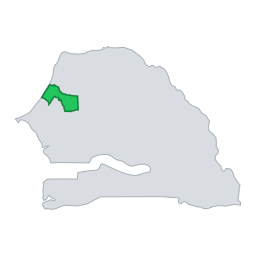 Kebemer, Louga, Senegal shown in context
{"feature_id": "50182788B60047071387499", "entity_name": "Kebemer", "entity_type": "district", "adm_level": 2, "iso_a3": "SEN", "parent_name": "Senegal", "parent_adm1": "Louga", "projection": "albers", "projection_center": [-16.284, 15.311], "detail": "fine", "context": "in_parent", "style": "filled", "palette": "green", "viewbox_px": 256, "rotation_deg": 0, "n_neighbors": 0, "source": "geoboundaries", "source_scale": "gbopen_adm2", "svg_char_len": 6573}
<svg xmlns="http://www.w3.org/2000/svg" viewBox="0 0 256 256"><path d="M206.1,115.7L209.6,121.6L208.9,124.6L208.2,128.8L210.2,131.8L212.5,133.8L214.2,135.6L216.0,138.1L216.4,143.2L216.1,146.8L217.3,148.4L218.4,150.5L218.2,152.2L217.6,153.8L215.4,155.9L215.2,159.6L218.8,164.2L221.1,166.6L221.1,168.0L221.8,169.6L223.5,171.4L224.5,170.9L225.6,169.4L226.1,168.4L229.2,168.8L230.7,169.2L232.7,172.2L233.4,174.1L234.0,176.6L236.1,179.7L237.9,181.9L238.3,183.2L240.0,185.1L239.1,189.2L239.2,191.3L238.3,196.9L238.1,199.5L238.2,200.5L240.6,202.4L240.4,205.2L238.0,204.8L233.7,204.5L225.1,206.2L222.1,205.6L216.5,205.9L212.5,206.8L207.4,208.7L203.4,208.4L201.3,207.0L198.5,207.1L195.3,206.4L191.9,205.1L188.7,204.4L185.4,201.9L183.8,201.5L182.7,202.2L181.8,203.0L180.9,203.6L179.0,203.1L178.3,201.4L178.9,199.7L179.0,198.5L178.2,197.8L176.1,197.6L172.8,197.6L167.5,197.2L166.3,196.9L154.5,196.6L142.1,196.7L131.7,196.7L118.6,196.8L109.3,196.8L100.7,196.8L94.0,200.2L86.8,204.0L77.1,206.0L65.9,205.2L62.4,205.8L58.7,207.4L55.9,208.6L52.1,209.3L47.1,208.7L45.1,209.1L43.8,207.4L42.4,204.7L43.3,202.7L46.4,201.4L50.9,199.7L53.3,200.6L54.7,200.6L55.0,199.5L54.5,199.0L51.1,197.5L49.3,195.6L47.8,196.7L46.5,199.1L45.5,199.8L43.9,200.4L43.0,198.8L42.7,197.2L43.4,196.0L43.0,189.3L43.5,185.6L43.3,182.5L45.4,180.4L47.5,179.1L55.4,179.0L62.8,178.9L70.0,179.0L77.2,179.0L78.0,172.7L80.3,172.2L83.7,171.5L90.1,170.7L97.2,170.0L98.8,168.7L99.9,166.6L100.7,164.7L102.2,163.9L104.2,164.5L106.8,165.5L109.5,167.0L112.6,168.4L114.7,169.3L119.7,171.5L128.3,174.5L135.3,175.7L143.7,173.3L149.8,171.8L150.6,169.1L149.6,166.4L145.0,164.1L138.8,164.4L136.9,165.1L134.0,165.9L132.3,166.2L129.4,165.7L125.7,163.6L123.3,161.5L120.1,160.6L116.2,159.6L110.0,155.3L106.7,154.5L103.7,154.3L97.8,155.2L92.1,157.6L89.1,162.9L83.3,162.8L71.1,162.7L59.9,162.5L50.6,162.9L49.7,159.0L47.5,156.0L44.0,153.3L43.2,150.9L44.4,148.8L47.8,147.1L48.6,145.8L46.8,146.0L44.1,147.1L42.3,147.2L42.1,143.9L39.1,139.5L35.7,132.2L31.9,129.2L28.7,123.3L25.3,121.0L22.2,119.9L19.6,120.1L18.6,122.8L15.4,118.9L19.9,117.5L29.5,112.7L40.5,98.8L50.4,82.3L51.7,78.4L52.9,75.4L53.7,68.7L55.1,64.6L56.5,63.9L58.1,60.8L60.1,55.4L62.4,52.4L65.0,51.8L66.9,52.0L68.4,53.1L72.5,53.8L79.4,54.1L84.7,53.3L88.4,51.4L93.3,50.4L99.4,50.3L102.6,49.5L102.9,48.0L103.7,47.5L105.0,48.1L106.2,47.9L107.3,46.8L108.4,46.7L109.6,47.6L114.7,47.9L123.8,47.4L132.2,50.2L140.0,56.2L144.0,60.2L144.3,62.2L145.6,64.2L147.9,66.3L150.0,66.6L151.9,65.3L153.4,65.4L154.5,67.0L156.7,67.3L159.2,66.3L160.9,66.6L161.3,67.5L161.7,68.0L162.9,68.2L164.5,69.4L166.8,72.6L168.7,77.1L170.1,82.8L172.1,85.9L174.4,86.4L175.7,87.5L176.0,88.9L176.7,89.8L177.8,90.3L179.8,90.0L182.1,91.9L184.6,96.1L185.1,98.0L184.7,99.0L184.8,99.8L186.5,100.4L188.1,101.8L189.4,103.9L192.2,105.7L196.4,107.2L199.5,109.6L201.4,112.8L205.3,115.4L206.1,115.7Z" fill="#d9dde1" stroke="#a8b0b8" stroke-width="1"/><path d="M67.7,111.4L68.0,111.3L68.3,111.2L68.6,111.3L69.7,111.3L70.2,111.4L70.6,111.4L70.9,111.5L71.1,111.5L71.2,111.4L71.3,111.3L71.3,111.2L71.4,110.9L71.5,110.9L71.9,110.9L72.0,110.9L72.4,110.9L72.6,110.8L72.8,110.8L73.1,110.8L73.3,110.8L73.5,110.7L73.8,110.7L74.0,110.7L74.3,110.6L74.5,110.5L74.6,110.4L74.8,110.3L74.8,110.2L75.0,110.0L75.0,109.9L75.5,109.9L76.1,109.9L76.6,109.9L77.2,109.9L77.7,109.9L78.1,109.9L78.1,109.6L78.1,109.2L78.1,108.8L78.1,108.3L78.1,107.7L78.0,107.0L78.0,106.3L78.0,105.6L78.0,105.3L78.0,105.0L77.9,104.3L77.9,103.9L77.9,103.4L77.9,102.7L77.9,102.3L77.8,101.7L77.8,101.1L77.7,100.7L77.7,100.1L77.7,99.6L77.7,99.2L77.7,98.8L77.6,98.7L77.6,98.4L77.7,97.6L77.6,97.1L77.6,96.6L77.6,96.1L77.1,96.1L76.5,96.1L76.0,96.0L75.4,96.0L74.9,95.9L74.4,95.9L73.8,95.8L73.3,95.8L72.7,95.7L72.2,95.7L71.1,95.6L70.8,95.4L70.4,95.3L69.8,95.1L69.6,95.1L69.3,95.1L68.7,95.1L68.3,95.1L68.1,95.1L67.7,95.1L67.4,95.1L67.1,95.0L66.9,94.9L66.4,94.7L65.9,94.5L65.6,94.3L65.3,94.2L64.9,94.1L64.7,94.2L64.4,94.1L64.0,94.1L63.7,94.0L63.5,93.9L62.9,93.7L62.2,93.3L61.9,93.1L61.7,93.0L61.4,92.8L61.1,92.7L60.9,92.5L60.9,92.3L60.9,92.1L60.9,91.8L60.8,91.7L60.6,91.6L60.3,91.6L60.1,91.6L59.8,91.3L59.6,91.1L59.4,91.0L59.4,90.6L59.3,90.4L59.3,89.8L59.3,89.3L59.3,89.1L59.1,89.0L58.8,88.8L58.7,88.6L58.7,88.1L58.7,87.7L58.3,87.2L58.1,87.0L57.8,86.7L57.5,86.6L57.3,86.5L57.1,86.5L56.8,86.5L56.7,86.5L56.4,86.4L56.2,86.3L56.0,86.2L55.8,86.1L55.7,85.9L55.1,85.4L54.8,85.1L54.5,84.9L54.3,84.8L54.1,84.8L53.9,84.9L53.9,85.0L53.9,85.4L53.9,85.6L53.7,85.7L53.3,85.6L52.9,85.5L52.5,85.5L52.1,85.4L51.4,85.2L50.6,85.0L49.7,84.8L49.5,85.1L49.4,85.3L49.2,85.6L49.1,85.9L48.9,86.2L48.7,86.4L48.7,86.6L48.3,87.1L48.1,87.4L47.9,87.7L47.8,87.9L47.7,88.1L47.6,88.3L47.4,88.5L47.2,88.9L47.0,89.2L46.8,89.4L46.6,89.7L46.4,90.0L46.1,90.6L45.8,90.9L45.6,91.2L45.4,91.5L45.2,91.8L44.9,92.3L44.7,92.5L44.6,92.8L44.4,93.0L44.1,93.5L43.9,93.7L43.8,94.0L43.7,94.2L43.5,94.5L43.3,94.9L43.2,95.2L42.9,95.6L42.7,95.9L42.6,96.2L42.3,96.6L42.2,96.9L42.0,97.2L41.8,97.5L42.3,97.7L42.9,98.0L43.5,98.2L44.1,98.5L44.7,98.8L45.1,98.9L45.3,99.1L45.5,99.3L45.6,99.5L45.8,99.7L46.0,99.8L46.9,100.6L47.1,100.8L47.5,101.1L47.9,101.3L48.1,101.4L48.2,101.9L48.3,102.0L48.6,102.3L48.8,102.5L48.9,102.9L48.9,103.3L48.9,103.5L48.8,104.4L49.0,104.2L49.3,103.9L49.4,103.7L49.6,103.4L50.0,103.0L50.2,102.9L50.4,102.6L50.6,102.3L50.7,102.0L50.9,101.6L51.2,101.0L51.4,100.5L51.6,100.1L51.8,99.8L51.9,99.7L52.1,99.7L52.3,99.6L52.4,99.4L52.5,99.3L52.5,99.1L52.3,99.0L52.5,98.8L52.5,98.7L52.8,98.4L52.9,98.2L53.0,98.1L53.2,97.9L53.3,97.7L53.5,97.5L53.7,97.3L54.2,96.8L54.3,96.7L54.5,96.6L54.6,96.4L54.8,96.4L54.9,96.5L55.0,96.6L55.2,96.8L55.4,96.9L55.5,97.1L55.7,97.4L56.0,97.6L56.4,97.6L56.7,97.6L57.4,97.5L58.0,97.5L58.3,97.7L58.5,97.9L58.6,98.1L58.8,98.4L58.9,98.6L59.0,98.8L58.9,99.1L58.7,99.3L58.5,99.6L58.7,99.8L58.8,99.9L59.0,100.1L59.1,100.3L59.3,100.4L59.6,100.5L59.7,100.4L59.8,100.4L59.8,100.2L59.9,99.9L60.0,99.6L60.3,99.5L60.5,99.6L60.9,99.8L61.0,100.0L61.3,100.5L61.4,100.9L61.3,101.1L61.3,101.4L61.3,101.5L61.3,101.8L61.3,102.0L61.4,102.3L61.5,102.5L61.7,102.9L61.9,103.1L62.0,103.3L62.2,103.6L62.3,103.9L62.4,104.0L62.5,104.1L62.5,104.3L62.5,104.5L62.4,104.7L62.4,104.9L62.4,105.0L62.5,105.1L62.6,105.3L62.8,105.4L63.0,105.6L63.3,105.8L63.5,105.9L63.7,106.1L63.9,106.2L64.0,106.4L64.0,106.6L64.0,107.1L64.0,107.3L64.0,107.5L63.9,107.8L64.0,108.1L64.1,108.4L64.2,108.8L64.3,109.0L64.4,109.3L64.5,109.4L64.6,109.6L64.6,109.9L64.7,110.4L64.7,110.6L64.7,110.8L64.7,111.0L64.9,111.2L65.2,111.2L65.4,111.2L66.1,111.2L66.5,111.3L66.9,111.4L67.1,111.5L67.4,111.4L67.7,111.4Z" fill="#22c55e" stroke="#15803d" stroke-width="1.5"/></svg>